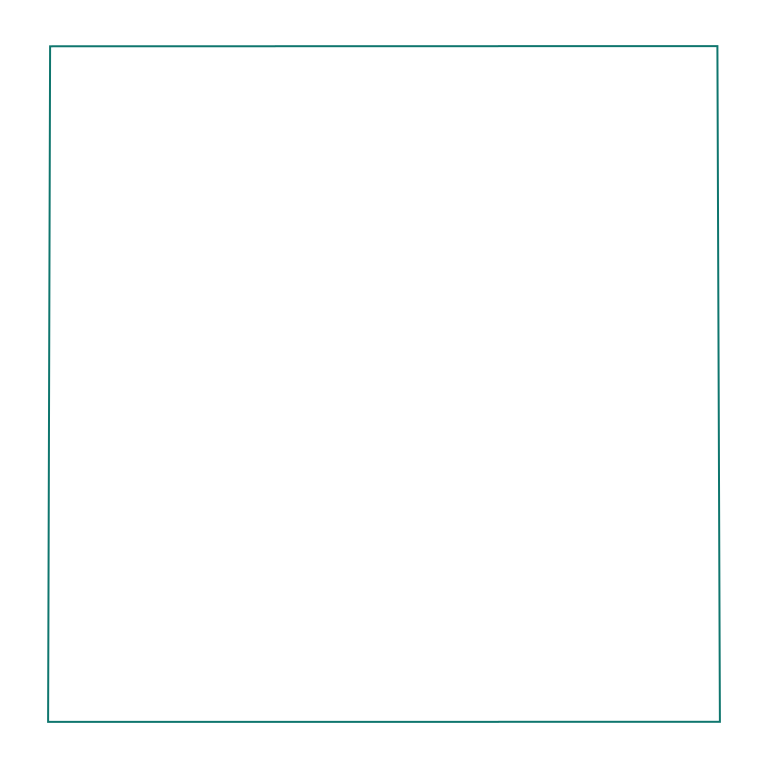 outline of Clay, Nebraska, United States of America
{"feature_id": "52423323B24655364564694", "entity_name": "Clay", "entity_type": "district", "adm_level": 2, "iso_a3": "USA", "parent_name": "United States of America", "parent_adm1": "Nebraska", "projection": "albers", "projection_center": [-98.019, 40.524], "detail": "fine", "context": "isolated", "style": "outline", "palette": "teal", "viewbox_px": 768, "rotation_deg": 0, "n_neighbors": 0, "source": "geoboundaries", "source_scale": "gbopen_adm2", "svg_char_len": 204}
<svg xmlns="http://www.w3.org/2000/svg" viewBox="0 0 768 768"><path d="M716.0,46.1L50.1,46.3L48.1,721.9L54.8,721.9L719.9,721.8L717.4,46.1L716.0,46.1Z" fill="none" stroke="#0f766e" stroke-width="2"/></svg>